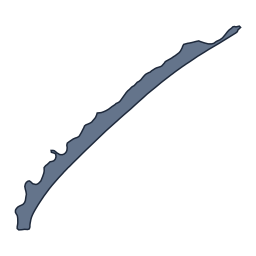 outline of Ilha Comprida, São Paulo, Brazil
{"feature_id": "56859067B13489548048326", "entity_name": "Ilha Comprida", "entity_type": "district", "adm_level": 2, "iso_a3": "BRA", "parent_name": "Brazil", "parent_adm1": "São Paulo", "projection": "natural_earth1", "projection_center": [-47.71, -24.863], "detail": "fine", "context": "isolated", "style": "filled", "palette": "slate", "viewbox_px": 256, "rotation_deg": 0, "n_neighbors": 0, "source": "geoboundaries", "source_scale": "gbopen_adm2", "svg_char_len": 2737}
<svg xmlns="http://www.w3.org/2000/svg" viewBox="0 0 256 256"><path d="M18.8,229.9L21.9,229.7L23.2,229.5L24.7,229.3L26.0,229.4L27.7,229.5L29.3,228.9L29.9,227.0L29.9,225.1L30.1,223.5L30.5,221.4L30.8,219.7L31.2,218.2L31.7,216.7L32.4,215.0L33.3,213.1L34.6,210.7L36.0,208.3L38.3,204.5L40.4,201.3L44.0,195.9L45.8,193.5L49.1,189.0L52.0,185.4L58.5,177.9L62.9,173.2L63.9,172.0L65.3,170.6L68.1,167.6L69.5,166.4L72.8,163.0L77.9,158.0L82.3,153.6L86.4,149.6L92.8,143.5L98.9,137.6L105.8,131.0L115.5,122.3L116.8,121.2L119.5,118.7L123.9,114.8L131.0,108.7L133.8,106.1L139.1,101.3L143.3,97.6L147.3,93.9L155.7,87.1L161.2,82.5L165.3,79.3L168.3,77.0L171.0,74.9L172.8,73.6L174.3,72.4L175.4,71.6L176.9,70.5L178.6,69.3L180.0,68.3L181.1,67.5L182.5,66.5L184.3,65.3L186.3,63.9L188.5,62.5L190.6,61.1L192.8,59.6L194.0,58.8L196.3,57.2L197.6,56.3L200.4,54.6L204.0,52.4L207.0,50.5L208.9,49.3L210.1,48.6L219.3,43.2L230.4,36.3L235.9,32.9L237.3,31.7L237.9,30.0L240.6,27.4L239.3,26.1L236.0,26.9L234.4,26.5L232.9,26.8L231.5,28.2L229.2,29.9L227.5,31.7L225.5,34.3L224.1,36.0L222.5,37.9L219.9,39.8L216.4,41.4L213.8,43.3L211.6,43.9L208.3,43.9L204.4,42.9L200.1,41.5L198.8,40.9L196.2,41.4L194.0,42.0L191.6,42.6L189.2,43.1L187.7,43.3L183.7,44.4L182.7,46.2L182.1,48.0L180.4,51.2L179.0,52.8L177.4,54.0L174.9,55.9L173.5,56.7L171.9,57.9L170.2,58.9L168.5,59.8L165.3,61.6L164.5,62.9L163.1,64.5L161.6,66.1L160.3,66.7L156.5,67.9L155.2,68.5L153.8,69.4L151.6,70.8L150.2,72.1L148.6,72.7L147.1,73.5L145.8,74.2L144.7,75.2L143.1,77.0L140.8,79.9L138.8,81.5L137.3,82.2L135.6,84.1L134.1,85.7L132.2,86.7L131.0,87.8L129.5,89.4L127.8,90.8L126.2,92.6L125.1,94.2L124.0,95.7L121.8,98.8L120.5,100.6L119.4,101.8L118.0,102.7L116.1,103.5L115.0,104.6L113.5,105.6L112.1,106.5L110.7,107.6L108.6,109.2L106.0,110.7L103.5,111.8L101.2,112.6L97.2,113.0L96.6,115.0L95.5,117.5L94.4,118.9L93.1,120.4L91.6,122.2L89.7,123.3L87.4,124.3L86.0,124.8L84.5,126.0L83.9,127.6L83.0,129.3L81.5,132.3L79.2,136.2L77.4,137.4L75.5,138.0L74.3,138.5L73.0,139.1L71.4,140.2L69.3,141.6L67.3,143.1L66.8,145.1L67.2,147.7L66.9,150.3L66.3,151.8L65.3,153.1L63.8,154.2L62.2,154.7L59.8,154.6L56.8,152.8L55.6,151.7L54.2,150.7L52.9,150.4L51.1,150.4L51.4,152.3L53.8,153.0L55.7,154.0L56.0,156.8L55.3,159.2L53.8,160.8L52.1,161.4L50.0,161.8L48.8,163.0L47.1,164.6L45.7,165.6L44.1,167.6L44.2,171.0L43.8,173.2L42.6,176.7L40.9,180.9L38.7,183.2L37.5,184.0L36.0,184.5L32.9,183.8L31.7,182.8L30.6,181.7L29.3,180.9L27.9,181.2L26.4,182.3L25.4,183.9L24.8,186.4L25.3,189.1L26.0,191.7L26.4,194.2L25.9,197.0L25.4,200.4L24.6,202.5L23.1,204.3L21.4,205.2L19.8,205.9L18.0,206.9L16.5,208.4L15.5,210.1L15.4,212.2L16.2,213.8L17.3,215.6L17.7,218.1L17.8,221.2L17.8,223.0L17.6,224.6L17.2,226.7L17.2,228.6L18.8,229.9Z" fill="#64748b" stroke="#1e293b" stroke-width="1.5"/></svg>